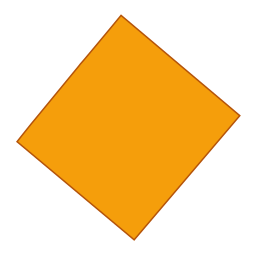 outline of Ringgold, Iowa, United States of America, rotated 130°
{"feature_id": "52423323B92247192856320", "entity_name": "Ringgold", "entity_type": "district", "adm_level": 2, "iso_a3": "USA", "parent_name": "United States of America", "parent_adm1": "Iowa", "projection": "orthographic", "projection_center": [-94.258, 40.735], "detail": "fine", "context": "isolated", "style": "filled", "palette": "amber", "viewbox_px": 256, "rotation_deg": 130, "n_neighbors": 0, "source": "geoboundaries", "source_scale": "gbopen_adm2", "svg_char_len": 389}
<svg xmlns="http://www.w3.org/2000/svg" viewBox="0 0 256 256"><g transform="rotate(130 128 128)"><path d="M132.0,205.3L182.7,204.8L183.4,204.8L186.5,204.8L203.1,204.4L209.8,204.2L209.7,51.4L46.7,50.3L46.2,205.7L46.4,205.7L50.2,205.7L61.1,205.6L86.7,205.5L94.5,205.5L98.8,205.5L103.8,205.5L109.5,205.6L112.2,205.5L132.0,205.3Z" fill="#f59e0b" stroke="#b45309" stroke-width="1.5"/></g></svg>